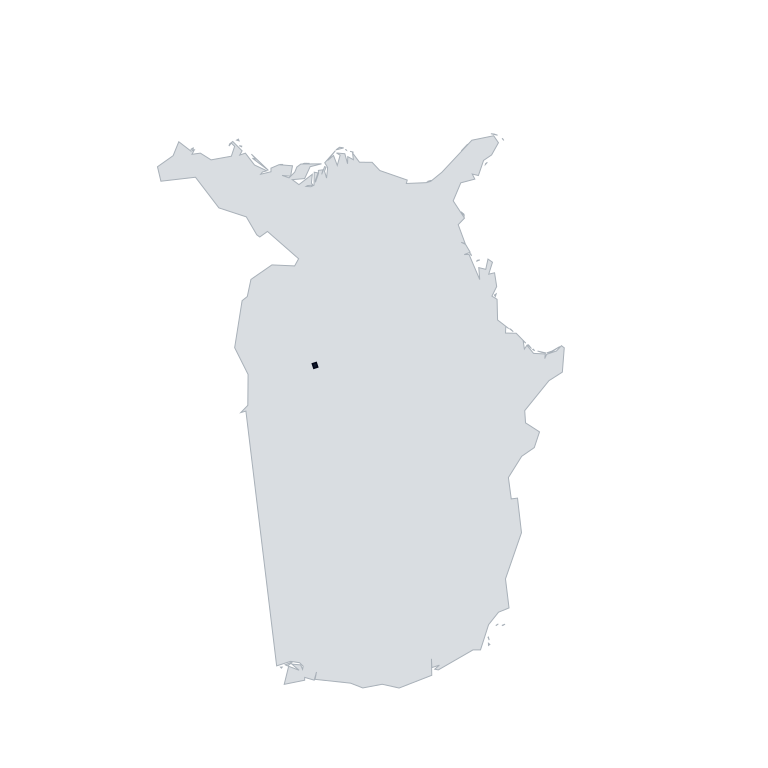 Mitchell, Iowa, United States of America (highlighted), rotated 252°
{"feature_id": "52423323B1744972810142", "entity_name": "Mitchell", "entity_type": "district", "adm_level": 2, "iso_a3": "USA", "parent_name": "United States of America", "parent_adm1": "Iowa", "projection": "albers", "projection_center": [-92.779, 43.357], "detail": "fine", "context": "in_parent", "style": "filled", "palette": "ink", "viewbox_px": 768, "rotation_deg": 252, "n_neighbors": 0, "source": "geoboundaries", "source_scale": "gbopen_adm2", "svg_char_len": 4011}
<svg xmlns="http://www.w3.org/2000/svg" viewBox="0 0 768 768"><g transform="rotate(252 384 384)"><path d="M602.5,281.4L638.9,268.6L645.8,234.5L660.6,235.7L666.3,254.0L677.8,263.7L665.1,272.4L665.3,276.0L661.8,272.4L660.3,280.7L650.6,288.8L647.8,309.2L656.2,315.4L660.3,313.2L658.2,310.1L660.0,311.3L661.4,315.1L649.6,321.1L646.3,317.5L646.4,323.5L632.3,328.5L623.0,338.4L623.2,333.9L621.6,331.5L620.8,342.1L624.2,343.2L625.0,351.9L619.8,364.4L610.5,359.4L613.9,351.5L609.4,357.4L613.1,364.6L617.3,368.2L618.9,372.9L612.7,392.6L613.5,380.9L603.9,372.0L606.7,359.9L599.9,364.7L605.6,380.6L597.4,377.0L595.0,378.0L596.4,372.5L596.0,370.9L594.2,375.4L594.7,378.9L607.0,383.1L605.1,386.5L599.0,381.7L597.0,381.1L604.5,386.8L607.4,387.6L606.6,392.1L602.6,389.5L609.1,394.7L608.0,395.8L604.8,393.2L597.6,393.0L607.3,397.3L612.7,396.0L621.0,410.0L614.0,399.4L616.9,406.6L606.3,407.1L615.2,413.0L618.4,410.2L615.1,417.9L604.7,417.4L611.4,419.8L606.8,424.2L613.4,425.5L602.5,429.2L598.5,441.2L588.3,446.0L570.8,469.1L567.8,467.2L562.4,486.5L562.3,491.1L567.5,504.5L588.7,542.9L586.2,565.0L578.1,567.4L568.6,557.1L565.9,547.8L553.1,538.2L556.4,532.8L550.8,533.7L551.6,519.2L536.8,506.4L516.9,511.8L512.6,503.8L492.6,504.6L494.9,501.2L491.6,504.7L482.7,506.7L482.3,500.3L481.0,504.9L453.7,507.3L465.4,510.1L461.6,516.2L470.7,521.5L466.3,524.8L456.1,517.5L455.6,523.5L441.9,521.3L434.2,513.8L429.6,517.7L409.8,511.8L398.1,519.8L401.1,517.6L394.9,515.3L391.4,525.4L379.0,531.5L381.9,529.7L373.9,528.3L376.6,531.9L366.9,535.7L362.7,546.7L358.5,544.7L362.0,547.9L362.1,558.2L365.6,564.6L362.7,566.6L340.2,557.3L336.2,541.9L315.2,509.6L303.3,506.6L290.4,517.1L277.1,507.3L272.7,492.6L256.6,473.4L235.4,469.5L234.2,475.7L200.1,468.8L161.1,439.3L132.4,433.7L131.6,422.4L122.8,409.1L101.3,393.6L103.6,386.4L95.3,347.3L97.1,344.1L99.5,349.8L99.5,341.9L108.0,344.2L92.2,339.4L90.2,304.4L99.0,289.5L101.5,269.9L109.8,259.8L124.4,227.2L131.0,230.8L123.9,226.1L129.5,217.9L126.8,217.0L129.2,196.3L145.0,206.1L138.0,214.8L146.1,209.8L142.6,217.9L137.8,218.4L140.6,219.9L145.0,217.6L149.1,209.5L149.1,194.8L400.9,244.3L401.1,239.0L405.8,247.9L435.1,257.7L464.7,253.2L507.1,274.8L509.4,281.0L524.6,289.8L531.9,314.2L523.9,335.5L529.5,341.5L565.1,320.3L562.2,311.3L565.2,309.1L585.5,304.7L602.5,281.4ZM637.6,331.5L643.6,328.9L622.9,340.1L639.4,328.6L637.6,331.5ZM147.5,203.3L147.9,209.5L147.4,210.2L145.7,205.1L147.5,203.3ZM365.3,562.8L362.8,553.7L363.3,548.5L363.4,554.0L365.3,562.8ZM666.8,272.6L667.5,275.5L666.3,275.1L666.8,272.6ZM434.5,516.5L435.1,518.6L432.8,516.9L434.5,516.5ZM107.9,404.9L111.0,404.7L111.1,405.1L107.9,404.9ZM105.2,403.2L103.6,404.2L103.1,402.6L105.2,403.2ZM655.4,320.0L654.2,322.2L653.6,321.9L655.4,320.0ZM365.3,543.9L363.3,547.9L367.9,540.2L365.3,543.9ZM582.2,530.2L586.3,537.7L581.6,529.5L582.2,530.2ZM119.9,416.1L120.5,418.6L119.7,416.2L119.9,416.1ZM587.7,566.0L585.5,568.9L589.0,563.0L587.7,566.0ZM622.9,414.9L621.0,418.6L621.5,410.6L622.9,414.9ZM146.7,198.1L146.2,199.7L145.5,198.6L146.7,198.1ZM376.6,533.5L372.1,535.2L376.7,532.9L376.6,533.5ZM661.5,319.2L661.9,321.2L660.0,321.3L661.5,319.2ZM118.0,422.0L118.2,424.9L117.6,422.2L118.0,422.0ZM371.0,536.7L369.1,537.6L370.8,536.1L371.0,536.7ZM618.5,376.6L616.8,381.4L618.6,374.8L618.5,376.6ZM396.7,521.6L393.8,523.1L398.0,520.4L396.7,521.6ZM563.2,488.6L563.1,492.0L562.5,489.7L563.2,488.6ZM614.5,425.8L613.7,426.7L615.8,423.6L614.5,425.8ZM524.1,510.4L520.8,512.5L519.5,512.3L524.1,510.4ZM481.4,506.2L480.8,506.8L478.8,506.8L481.4,506.2ZM562.1,548.6L562.9,550.8L561.4,548.2L562.1,548.6ZM472.8,511.3L472.4,513.5L472.1,509.7L472.8,511.3ZM580.5,572.7L578.6,573.2L581.2,572.2L580.5,572.7ZM624.8,353.5L624.0,355.9L624.9,352.5L624.8,353.5ZM619.1,419.6L618.1,420.6L617.9,420.6L619.1,419.6Z" fill="#d9dde1" stroke="#a8b0b8" stroke-width="1"/><path d="M420.6,322.1L420.6,325.6L420.6,326.2L425.4,326.2L425.4,322.1L424.4,322.1L424.2,322.1L423.8,322.1L423.4,322.1L423.0,322.1L422.2,322.1L420.8,322.1L420.6,322.1Z" fill="#0f172a" stroke="#020617" stroke-width="1.5"/></g></svg>